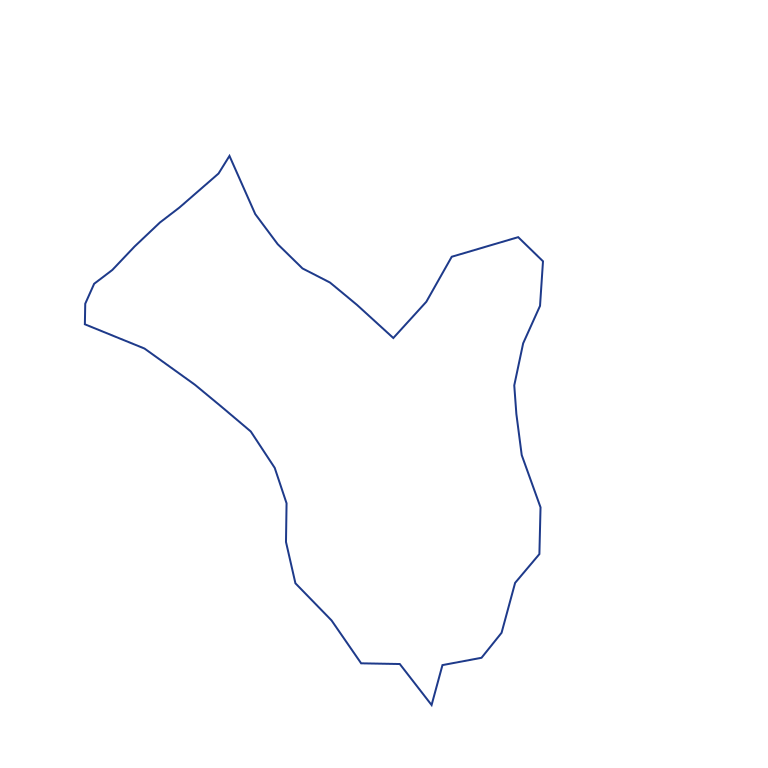 Vouno, Cyprus (Mercator projection), rotated 139°
{"feature_id": "46923920B84175879227777", "entity_name": "Vouno", "entity_type": "district", "adm_level": 2, "iso_a3": "CYP", "parent_name": "Cyprus", "parent_adm1": "", "projection": "mercator", "projection_center": [33.395, 35.261], "detail": "fine", "context": "isolated", "style": "outline", "palette": "blue", "viewbox_px": 768, "rotation_deg": 139, "n_neighbors": 0, "source": "geoboundaries", "source_scale": "gbopen_adm2", "svg_char_len": 694}
<svg xmlns="http://www.w3.org/2000/svg" viewBox="0 0 768 768"><g transform="rotate(139 384 384)"><path d="M514.2,648.3L537.0,649.8L556.8,640.6L570.6,625.3L541.5,567.9L527.2,507.5L521.5,473.0L515.7,435.6L521.5,392.4L535.8,357.9L561.6,329.1L581.6,291.7L578.7,240.0L584.5,188.2L555.8,162.3L558.7,110.5L524.3,133.5L490.0,113.4L458.5,119.1L415.5,147.9L378.3,153.7L346.8,188.2L326.7,240.0L303.8,274.5L286.6,297.5L252.3,323.4L215.0,340.6L183.5,372.3L186.4,406.8L249.4,435.6L298.1,418.3L346.8,412.6L352.5,461.5L358.2,496.0L369.7,524.7L372.5,559.3L369.7,596.7L351.0,657.5L370.8,651.4L390.7,651.4L422.7,651.4L447.1,652.9L482.1,651.4L514.2,648.3Z" fill="none" stroke="#1e3a8a" stroke-width="2"/></g></svg>